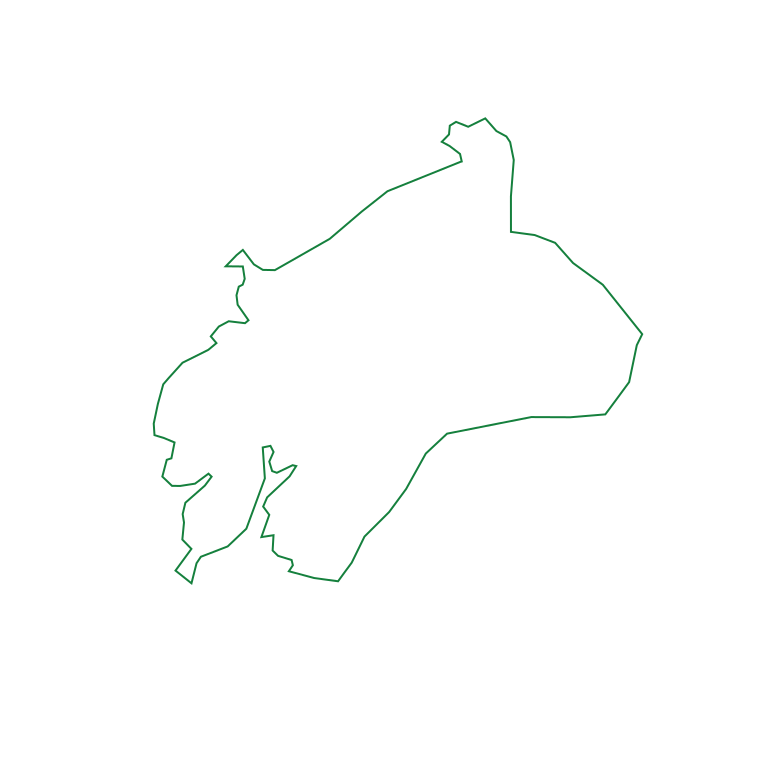 Onchon, P'yŏngan-namdo, North Korea, rotated 36°
{"feature_id": "82179303B53175016570528", "entity_name": "Onchon", "entity_type": "district", "adm_level": 2, "iso_a3": "PRK", "parent_name": "North Korea", "parent_adm1": "P'yŏngan-namdo", "projection": "equal_earth", "projection_center": [125.215, 38.867], "detail": "fine", "context": "isolated", "style": "outline", "palette": "green", "viewbox_px": 768, "rotation_deg": 36, "n_neighbors": 0, "source": "geoboundaries", "source_scale": "gbopen_adm2", "svg_char_len": 1497}
<svg xmlns="http://www.w3.org/2000/svg" viewBox="0 0 768 768"><g transform="rotate(36 384 384)"><path d="M337.5,111.8L326.3,113.3L309.8,109.6L300.9,126.4L288.2,129.6L285.4,136.3L289.9,143.9L288.4,154.1L297.1,152.9L310.3,153.2L316.1,158.3L315.1,159.6L273.5,226.0L264.6,257.7L254.8,298.4L228.8,356.0L218.9,362.9L208.4,363.7L191.0,358.5L189.0,366.3L186.8,381.8L200.7,371.9L209.5,380.8L211.3,386.7L209.3,390.6L212.5,398.9L219.0,405.9L236.9,412.1L235.8,416.5L225.8,422.1L221.5,424.5L216.6,434.6L215.9,447.3L224.4,449.4L221.8,459.6L208.5,485.2L206.3,505.7L205.6,514.0L212.8,533.1L221.0,551.4L228.4,560.3L237.5,557.1L248.9,554.4L255.7,569.1L252.8,573.0L259.1,589.2L272.4,591.0L279.1,586.2L289.7,575.7L294.7,559.7L299.0,560.3L298.8,571.5L293.1,596.8L297.6,607.6L303.6,613.6L312.3,628.4L325.1,630.6L325.0,657.5L345.4,658.4L337.7,639.2L337.4,631.4L353.0,607.3L357.7,582.0L343.1,530.4L323.2,506.6L328.5,500.8L334.6,503.9L336.8,514.2L344.7,520.2L349.5,518.8L354.8,509.0L357.8,503.4L361.2,502.0L361.9,514.2L356.1,544.4L358.3,554.2L368.1,557.3L374.8,579.9L383.5,571.3L391.8,584.2L399.3,585.3L412.7,580.7L416.8,584.2L417.1,591.4L441.6,582.0L462.8,570.6L462.8,560.3L462.9,547.6L462.5,545.2L457.9,518.9L463.4,484.6L463.6,455.9L458.7,415.7L464.2,387.1L501.4,347.0L522.6,324.2L554.4,301.3L580.9,278.5L581.1,258.4L581.2,238.4L565.7,204.0L563.6,191.9L502.7,175.1L465.8,175.0L439.5,169.2L418.4,174.9L397.3,186.3L376.4,157.6L357.3,126.5L343.9,114.2L337.5,111.8Z" fill="none" stroke="#15803d" stroke-width="2"/></g></svg>